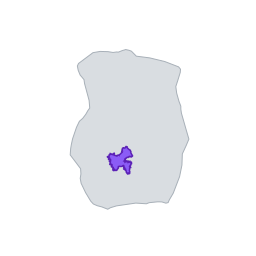 Bokong, Thaba-Tseka, Lesotho (highlighted), rotated 133°
{"feature_id": "5366337B35229058377929", "entity_name": "Bokong", "entity_type": "district", "adm_level": 2, "iso_a3": "LSO", "parent_name": "Lesotho", "parent_adm1": "Thaba-Tseka", "projection": "orthographic", "projection_center": [28.644, -29.377], "detail": "fine", "context": "in_parent", "style": "filled", "palette": "violet", "viewbox_px": 256, "rotation_deg": 133, "n_neighbors": 0, "source": "geoboundaries", "source_scale": "gbopen_adm2", "svg_char_len": 5936}
<svg xmlns="http://www.w3.org/2000/svg" viewBox="0 0 256 256"><g transform="rotate(133 128 128)"><path d="M162.7,166.1L156.7,168.0L155.8,168.1L151.9,167.7L146.8,168.2L142.7,169.2L139.5,169.6L134.4,175.2L125.1,190.1L122.6,193.2L121.9,199.1L119.8,203.7L117.2,207.3L114.6,208.2L106.8,206.8L96.8,205.0L91.0,200.6L85.8,194.7L83.0,190.5L80.1,188.1L79.1,186.8L75.1,184.9L73.5,183.9L72.2,183.2L70.5,180.3L69.5,177.9L69.8,170.9L66.9,166.9L61.9,159.9L58.7,154.2L54.3,146.4L51.6,139.7L48.8,132.7L49.2,129.7L51.7,127.7L59.3,124.0L65.1,121.3L69.3,116.2L73.8,108.8L76.0,104.3L78.2,102.2L80.7,99.1L84.9,92.1L89.6,84.3L94.6,75.9L101.1,73.5L109.9,70.6L118.3,63.3L128.4,57.1L144.7,50.5L152.3,48.8L155.2,47.8L157.1,49.0L159.0,52.9L161.8,56.0L168.2,61.6L170.9,62.9L177.6,71.1L184.7,76.8L192.8,83.3L198.3,86.5L201.2,87.4L203.5,93.2L205.8,97.5L207.2,101.5L206.9,105.4L204.2,114.9L200.4,124.6L197.4,128.6L193.7,131.1L190.1,134.9L188.7,142.7L187.1,151.9L182.4,155.7L178.8,158.1L173.8,161.1L162.7,166.1Z" fill="#d9dde1" stroke="#a8b0b8" stroke-width="1"/><path d="M160.7,123.4L160.9,123.0L161.5,122.6L161.8,122.4L162.0,122.5L162.1,123.0L162.7,123.4L163.0,123.5L163.2,123.3L163.3,123.1L162.6,121.8L162.5,121.5L162.5,121.1L163.0,121.0L163.6,121.3L163.9,121.3L164.0,121.2L164.3,120.5L164.2,120.3L163.9,120.1L163.3,120.5L163.1,120.4L162.9,119.7L162.9,119.3L163.1,119.1L163.7,119.1L163.9,118.9L163.7,118.6L163.8,118.4L164.1,118.4L164.7,118.6L164.9,118.8L165.1,118.8L165.2,118.6L165.2,118.3L164.7,118.1L164.6,117.9L164.9,117.6L165.6,117.2L165.9,116.8L165.9,116.6L166.0,116.4L166.3,116.4L166.4,116.5L166.5,116.7L166.6,116.8L166.8,116.7L166.7,116.4L166.7,115.9L166.8,115.9L166.7,115.7L166.0,115.4L165.7,115.0L165.7,114.9L165.9,114.4L166.2,114.2L166.9,114.4L167.1,114.3L167.7,113.6L167.6,113.4L167.4,113.5L167.3,113.4L167.2,113.1L167.1,112.8L166.9,111.9L167.7,111.6L167.8,111.6L167.9,111.4L167.8,111.0L167.5,110.6L167.6,110.4L167.9,110.4L168.0,110.4L168.4,110.7L168.4,110.8L168.6,110.8L168.9,110.6L169.1,110.2L169.1,109.7L168.9,109.4L168.6,109.3L168.1,109.4L167.8,109.7L167.6,109.7L167.5,109.4L168.0,108.9L168.0,108.6L167.5,108.3L167.3,107.9L167.1,107.8L166.9,107.5L166.7,107.4L166.6,107.6L166.4,107.5L166.2,107.6L165.8,107.6L165.2,107.7L164.7,107.6L164.4,107.8L163.8,107.7L163.6,107.8L163.4,108.4L163.0,108.6L162.8,108.7L162.6,108.4L162.2,108.4L161.8,108.1L161.5,107.7L161.4,107.6L161.2,107.1L160.8,106.8L160.2,106.2L159.0,106.1L158.7,106.0L158.5,105.8L158.4,105.6L158.6,105.5L158.6,105.3L158.7,105.1L158.8,105.1L159.2,104.9L159.2,104.7L159.3,104.8L159.4,104.6L159.5,104.6L159.6,104.4L159.8,104.2L159.8,103.9L160.0,103.7L159.9,103.7L159.9,103.3L160.0,103.3L159.9,103.2L160.1,103.1L160.0,102.8L160.2,102.7L160.1,102.4L160.0,102.2L160.3,102.2L160.2,102.1L160.3,102.0L160.3,101.9L160.2,101.7L160.3,101.7L160.4,101.2L160.4,100.9L160.6,100.9L160.5,100.7L160.7,100.3L160.9,99.7L161.1,99.5L161.4,99.3L161.4,99.2L161.5,99.0L161.5,98.9L161.6,98.5L161.7,98.3L161.8,97.8L161.9,97.4L161.8,96.7L161.6,96.6L161.4,96.6L161.3,97.0L161.2,97.2L161.0,97.3L160.8,97.3L160.6,97.1L160.6,96.0L160.3,95.8L160.1,95.8L158.7,96.9L158.5,97.3L158.4,97.7L158.3,97.8L158.1,98.0L157.8,98.2L157.6,98.4L157.3,98.5L157.1,98.7L157.0,98.8L156.8,98.9L156.7,98.9L156.4,99.3L156.2,99.3L155.8,99.3L155.7,99.5L155.5,99.8L155.3,99.6L155.3,100.0L155.1,99.9L155.0,100.1L154.8,100.0L154.7,100.1L154.5,100.3L154.3,100.3L154.4,100.6L154.2,100.6L154.2,100.8L153.6,100.8L153.2,101.0L152.9,100.9L152.7,101.2L152.5,101.3L152.3,101.1L152.0,101.2L151.9,101.3L151.7,101.2L151.6,101.4L151.2,101.5L151.0,101.8L151.3,101.8L150.8,102.2L151.0,102.5L151.2,102.4L151.3,102.2L151.4,102.6L151.4,102.8L151.1,103.0L151.3,103.7L151.1,103.9L151.3,104.0L151.7,103.3L151.8,103.3L151.9,103.5L151.9,104.1L152.0,104.2L152.0,104.3L151.8,104.4L151.8,104.5L152.0,104.5L152.4,104.3L152.6,104.3L152.6,104.6L152.7,104.8L152.8,105.1L153.0,105.0L152.9,105.3L152.5,105.4L152.4,105.5L152.8,105.7L153.1,105.5L153.3,106.0L153.1,106.3L153.3,106.3L153.4,106.0L153.6,106.1L153.6,106.3L153.3,106.5L153.3,106.8L153.5,106.9L153.7,107.1L154.0,107.2L154.1,107.5L154.3,107.4L154.3,107.2L154.6,106.9L155.1,106.9L155.0,107.2L154.6,107.4L154.5,107.5L154.5,107.8L154.3,108.0L154.5,108.2L154.4,108.2L154.1,108.2L154.1,108.4L154.1,108.5L153.8,108.5L153.5,108.2L153.1,108.2L152.8,108.4L152.8,109.1L152.6,109.1L152.3,109.1L151.7,109.1L151.4,108.8L151.1,108.6L150.1,108.7L149.8,108.4L149.6,108.3L149.5,108.0L149.4,107.8L149.0,107.9L148.3,107.8L148.0,107.6L147.9,107.6L147.9,107.3L148.0,107.2L147.8,106.9L147.2,106.8L147.1,106.3L146.9,105.8L146.7,105.7L146.2,106.0L145.7,105.9L145.6,105.6L145.4,105.6L145.0,106.1L145.0,106.3L145.0,106.6L144.8,107.3L144.5,108.0L144.3,108.9L143.9,109.3L143.6,109.5L143.3,109.8L143.3,110.1L143.1,110.3L143.1,110.5L142.9,110.9L142.9,111.3L142.7,111.6L142.7,111.8L143.0,112.1L143.0,112.3L143.0,112.9L143.0,113.1L143.1,113.5L143.0,114.1L143.0,115.1L142.8,115.3L142.4,115.8L142.7,116.1L142.7,116.3L142.7,116.6L142.8,116.8L143.1,116.8L143.3,116.7L143.6,116.8L144.0,116.5L144.3,116.5L145.3,117.1L145.5,117.8L145.7,118.0L145.8,118.0L145.9,117.9L146.0,118.0L146.7,118.2L147.0,118.0L147.2,117.7L147.9,117.4L148.5,116.6L148.6,116.8L148.7,116.6L148.8,116.6L149.4,116.6L149.6,116.5L149.9,115.8L150.0,115.9L150.4,115.9L151.3,115.8L151.5,115.9L152.0,115.8L152.4,115.9L152.5,115.9L153.1,116.0L153.4,116.0L153.5,116.1L153.9,116.3L154.0,116.2L154.0,116.3L154.4,116.4L154.5,116.5L154.8,116.7L155.0,116.8L155.1,117.0L155.2,116.9L155.3,116.9L155.4,117.0L155.6,117.0L155.8,117.3L156.1,117.4L156.2,117.2L156.3,117.3L156.4,117.5L156.4,117.8L156.6,118.1L156.7,118.4L156.8,118.7L156.9,119.0L157.2,119.2L157.4,119.4L157.2,119.8L156.9,120.1L155.9,120.6L155.8,120.8L156.2,121.1L157.1,121.3L157.2,121.2L157.6,120.9L157.8,120.9L158.3,121.6L158.3,122.0L158.3,122.3L158.6,123.0L158.6,123.4L158.8,123.6L159.0,123.3L158.8,122.8L158.8,122.6L159.0,122.6L159.6,122.9L159.7,123.1L160.0,123.3L160.3,123.4L160.7,123.4Z" fill="#8b5cf6" stroke="#5b21b6" stroke-width="1.5"/></g></svg>